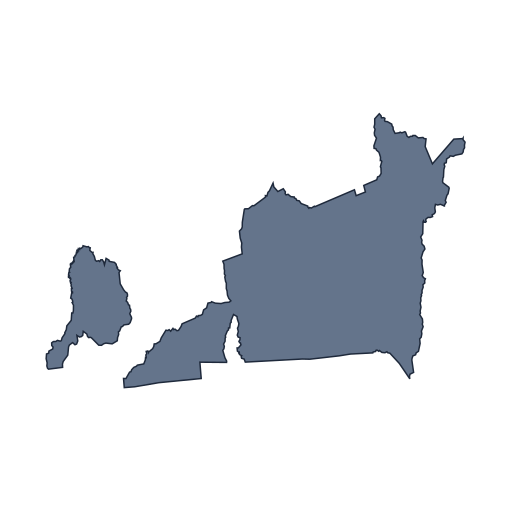 the district of Kasena Nankana West, Upper East, Ghana, rotated 176°
{"feature_id": "2480657B70680953475259", "entity_name": "Kasena Nankana West", "entity_type": "district", "adm_level": 2, "iso_a3": "GHA", "parent_name": "Ghana", "parent_adm1": "Upper East", "projection": "equal_earth", "projection_center": [-1.202, 10.874], "detail": "fine", "context": "isolated", "style": "filled", "palette": "slate", "viewbox_px": 512, "rotation_deg": 176, "n_neighbors": 0, "source": "geoboundaries", "source_scale": "gbopen_adm2", "svg_char_len": 6069}
<svg xmlns="http://www.w3.org/2000/svg" viewBox="0 0 512 512"><g transform="rotate(176 256 256)"><path d="M123.1,389.3L128.0,384.6L128.4,379.1L129.3,376.3L128.4,374.1L129.4,370.6L129.3,368.1L127.6,365.2L130.7,357.7L130.7,355.1L128.9,354.7L128.4,353.2L126.1,350.9L124.9,345.9L125.3,342.5L124.3,342.4L123.9,341.7L125.7,336.3L125.2,335.3L125.4,329.7L127.2,327.1L129.2,326.4L130.2,323.6L143.6,318.9L142.4,312.2L151.9,309.2L153.2,315.2L193.8,301.1L194.3,301.6L197.4,300.0L199.2,300.6L199.9,299.9L200.7,300.9L200.9,302.2L207.3,305.2L209.0,308.0L211.5,308.7L212.2,310.5L213.6,311.1L213.7,312.2L217.1,312.8L219.7,315.3L221.8,314.9L222.6,316.2L222.2,317.9L224.1,321.2L229.7,318.8L233.4,323.7L233.9,327.5L238.1,320.0L239.6,318.7L240.9,315.2L242.4,315.6L242.4,314.1L254.5,306.3L256.1,306.5L260.2,303.7L263.9,303.8L264.4,303.3L267.3,290.6L267.7,285.9L268.5,284.1L270.8,282.0L270.5,274.9L269.3,269.9L269.9,266.0L269.6,259.1L289.5,253.2L288.5,249.9L288.7,245.7L288.4,243.7L288.8,240.2L287.9,238.6L288.6,237.2L288.1,232.6L287.5,231.2L287.9,225.5L287.3,223.2L287.2,219.0L286.1,215.6L284.2,213.0L286.0,211.8L290.3,211.8L294.1,211.0L299.9,211.8L303.5,213.5L304.0,212.8L307.2,212.4L308.9,207.7L312.0,205.9L313.6,201.5L315.5,200.6L317.7,200.6L318.2,199.5L319.6,200.2L320.9,198.3L334.5,193.5L335.6,191.0L338.5,187.2L340.1,187.0L341.9,188.7L343.2,188.3L343.9,189.6L346.4,186.9L347.8,188.6L349.1,187.8L351.0,188.3L356.2,181.0L357.8,177.5L361.9,175.4L363.7,175.4L364.3,172.8L365.6,170.7L369.2,168.1L369.8,168.3L370.0,167.4L370.6,168.8L372.2,168.5L371.8,166.1L372.8,164.9L372.5,162.6L372.8,162.0L373.3,162.3L373.7,159.9L375.5,156.2L382.0,155.4L382.9,154.4L385.7,153.4L388.0,151.2L388.8,149.3L390.2,149.0L394.3,142.8L396.7,143.1L396.6,133.9L386.1,134.0L361.9,136.4L319.2,137.6L319.4,154.0L292.8,151.9L292.6,153.2L294.1,156.7L295.7,164.2L294.5,165.7L293.9,168.1L294.5,170.4L292.8,173.1L292.5,176.3L291.9,177.1L292.2,178.5L289.8,183.3L288.6,184.2L288.4,186.1L287.2,186.1L286.4,190.7L285.4,191.6L285.3,193.5L282.5,199.2L279.2,197.0L279.0,194.4L277.8,189.8L278.5,187.0L279.5,185.3L278.9,181.9L280.2,178.4L279.5,176.4L277.6,175.6L277.9,173.4L279.0,172.1L278.4,170.6L277.6,170.4L277.2,168.4L280.0,165.6L281.3,165.6L281.2,162.4L280.0,161.4L279.9,160.6L279.4,161.0L279.3,158.9L277.2,157.5L277.8,156.7L277.5,155.0L275.0,154.0L274.1,150.9L217.0,150.0L209.6,149.3L179.9,150.6L168.8,151.6L146.2,151.2L145.8,152.1L143.3,152.4L142.9,153.5L141.9,153.7L140.2,152.4L139.5,153.1L137.1,151.0L134.1,150.5L132.1,151.4L131.4,150.3L129.2,149.7L120.5,138.8L111.1,122.7L111.3,124.9L110.7,127.3L106.9,128.9L107.8,141.4L107.5,142.9L106.5,145.4L103.7,146.3L103.0,148.2L100.6,149.6L98.4,157.3L98.5,162.0L96.9,163.4L96.0,166.9L96.2,169.6L94.2,173.8L94.9,176.4L94.3,178.2L94.4,181.6L96.8,186.2L95.9,187.6L96.1,189.6L95.0,193.4L95.5,197.5L94.6,199.8L94.6,202.9L93.6,204.8L93.9,205.9L92.9,207.6L92.8,210.1L91.4,213.3L91.5,215.7L89.5,217.3L89.5,219.7L88.6,221.5L90.3,222.6L91.6,224.8L90.3,227.8L91.0,236.3L90.6,240.4L91.4,242.5L89.1,248.5L87.0,251.2L87.6,254.1L89.5,256.3L89.8,258.1L89.3,260.2L90.4,263.5L88.1,266.6L87.0,278.4L86.5,279.4L85.9,278.0L84.5,277.8L83.8,278.6L84.3,279.9L83.9,281.0L81.8,282.5L79.3,282.3L77.1,283.0L77.4,284.8L75.0,285.9L74.0,287.5L74.3,291.6L73.4,295.0L71.2,294.2L68.4,294.7L64.8,292.9L64.5,292.1L64.6,293.4L62.6,296.3L63.3,298.1L61.3,303.3L60.1,304.6L58.6,309.9L58.8,311.1L64.4,316.0L64.7,317.3L64.0,321.0L63.5,321.6L62.6,329.1L61.4,332.4L61.9,333.7L61.6,335.3L59.7,335.8L59.1,339.5L56.1,341.2L55.4,342.4L52.2,341.6L50.2,342.6L43.5,343.5L42.1,345.3L41.6,347.7L40.4,349.4L40.3,352.1L39.5,355.0L41.4,357.7L41.2,359.2L41.6,358.7L50.5,358.8L73.6,335.6L79.6,353.3L78.2,361.0L80.2,361.5L81.2,362.6L85.9,362.5L88.7,365.1L91.1,365.3L91.5,364.5L93.6,364.6L95.2,363.6L96.9,364.9L98.1,369.0L98.8,369.6L101.9,368.7L103.6,369.5L104.1,369.0L108.7,368.6L110.3,372.4L110.3,375.0L111.2,376.4L111.4,378.1L115.6,380.9L117.9,381.3L118.3,382.4L117.8,384.3L118.9,385.1L121.2,385.1L121.5,387.2L123.1,389.3ZM443.8,252.6L444.3,250.7L443.8,249.6L444.5,249.2L444.5,247.8L443.5,248.0L442.7,247.0L443.4,246.9L442.5,245.5L443.3,244.1L442.3,242.4L442.9,242.2L442.2,240.1L442.6,239.2L441.7,236.5L442.4,236.4L442.5,234.4L442.4,233.1L441.6,233.0L441.6,232.0L442.5,231.7L443.8,226.9L442.7,226.0L442.1,224.3L442.0,222.7L442.7,222.4L441.5,219.7L442.0,214.0L442.7,211.9L443.8,212.0L444.8,204.7L449.6,199.5L450.4,195.7L452.1,192.8L452.0,191.9L455.1,188.0L456.1,185.2L457.2,184.7L460.0,185.7L461.6,184.7L464.1,184.8L465.9,183.6L466.0,180.9L464.8,179.3L465.3,177.4L469.2,175.6L469.6,173.5L471.8,172.9L472.5,168.2L471.8,164.0L472.3,160.9L471.8,158.6L470.9,157.6L456.7,158.4L456.6,161.7L455.7,164.2L450.7,170.2L449.3,178.4L448.4,180.2L445.0,182.4L442.8,180.1L441.1,180.7L439.7,183.7L440.2,189.3L437.8,187.5L436.0,187.7L434.4,188.8L433.6,192.9L430.2,190.0L429.7,187.6L428.7,186.3L426.6,186.4L425.8,185.8L419.1,178.0L416.3,177.7L414.1,179.1L411.8,179.6L405.6,178.4L400.3,181.1L399.8,184.3L398.5,187.2L398.5,190.0L397.2,190.8L395.4,194.7L394.1,195.0L392.5,196.5L387.8,196.8L386.2,198.3L384.5,202.1L384.5,203.6L386.0,207.2L384.7,209.7L384.8,211.6L385.5,212.5L385.6,215.7L386.6,216.2L387.3,218.7L388.6,220.1L387.8,222.6L388.0,223.8L387.0,224.9L386.9,226.9L387.5,228.5L388.6,228.9L390.4,231.5L393.4,237.7L393.8,249.1L392.4,250.8L394.2,251.7L395.5,253.8L395.0,254.1L396.1,256.6L396.0,257.5L397.6,259.5L402.8,260.9L402.9,262.1L405.7,264.1L407.8,257.8L408.4,260.8L409.6,263.0L411.2,263.0L412.3,261.4L413.3,262.3L415.5,261.9L416.6,263.1L417.3,266.9L418.6,269.7L418.3,271.0L419.4,271.1L421.4,273.2L420.8,275.7L421.6,275.8L422.5,277.1L424.0,276.9L427.8,278.3L428.0,277.3L429.8,275.8L431.5,276.1L431.4,275.0L432.3,275.3L432.5,274.3L432.9,275.0L433.2,273.8L433.5,274.5L434.1,274.4L434.3,273.9L433.5,273.3L433.6,272.5L434.2,272.5L434.1,271.9L434.7,271.3L435.0,271.7L435.5,269.7L436.5,269.2L436.7,267.9L438.0,267.4L437.8,263.5L438.3,263.9L438.7,262.6L439.2,262.5L439.1,261.9L439.4,261.6L439.5,262.4L441.0,260.5L441.2,261.4L441.8,260.9L441.6,257.7L443.0,256.2L443.4,253.7L443.1,252.7L443.8,252.6Z" fill="#64748b" stroke="#1e293b" stroke-width="1.5"/></g></svg>